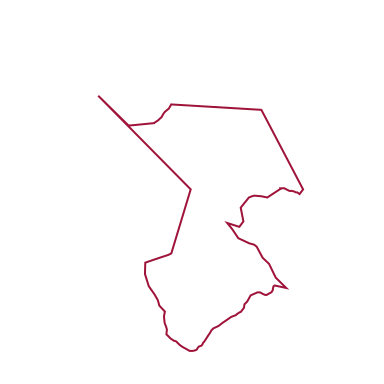 San Juan Coatzóspam, Oaxaca, Mexico, rotated 324°
{"feature_id": "50627088B11377983715698", "entity_name": "San Juan Coatzóspam", "entity_type": "district", "adm_level": 2, "iso_a3": "MEX", "parent_name": "Mexico", "parent_adm1": "Oaxaca", "projection": "equal_earth", "projection_center": [-96.749, 18.072], "detail": "fine", "context": "isolated", "style": "outline", "palette": "rose", "viewbox_px": 384, "rotation_deg": 324, "n_neighbors": 0, "source": "geoboundaries", "source_scale": "gbopen_adm2", "svg_char_len": 1765}
<svg xmlns="http://www.w3.org/2000/svg" viewBox="0 0 384 384"><g transform="rotate(324 192 192)"><path d="M192.5,189.1L139.2,229.5L136.8,229.1L136.3,229.1L130.4,227.2L121.5,224.4L112.7,221.7L110.8,224.1L105.7,230.8L104.6,234.1L102.5,240.3L101.7,242.7L101.6,245.8L101.5,252.7L100.8,259.2L99.9,261.8L98.8,264.7L99.2,268.1L99.8,272.8L97.4,275.0L96.2,276.2L94.0,279.9L93.6,280.6L92.9,281.9L91.7,286.3L91.3,287.3L90.8,288.6L88.7,290.9L87.6,292.2L88.0,294.1L88.1,294.9L88.5,297.7L89.9,301.7L90.2,301.9L90.9,302.8L91.3,303.4L91.5,304.5L92.0,307.7L92.5,309.6L93.1,311.3L93.8,312.9L94.8,315.0L95.8,317.2L96.5,318.8L96.6,319.1L97.6,319.8L98.7,320.7L100.5,321.6L102.7,322.3L103.6,322.1L104.4,321.8L105.4,321.3L106.2,321.2L107.0,321.1L108.4,321.6L109.2,321.8L109.8,321.8L110.6,321.5L111.8,320.9L112.7,320.4L113.8,320.3L121.1,317.5L123.9,316.5L126.5,315.3L129.2,314.9L134.7,316.0L139.6,315.8L145.8,316.0L150.4,316.1L155.1,317.4L156.4,317.2L159.7,317.3L161.0,317.7L166.0,316.2L168.4,313.7L172.2,313.1L178.7,310.1L186.1,311.7L188.2,313.4L189.2,315.8L190.7,318.3L191.9,319.2L192.1,319.1L197.4,319.8L199.8,318.8L200.7,317.7L202.5,316.2L203.9,316.2L211.8,325.0L209.4,310.5L212.1,295.4L210.5,286.7L212.2,274.3L211.3,271.1L208.1,267.1L202.3,256.6L202.7,245.9L202.3,237.8L209.8,248.0L216.3,246.0L222.2,233.3L234.8,229.9L238.0,230.7L240.3,231.6L245.8,236.4L246.5,237.2L249.7,240.7L264.2,241.4L265.6,241.6L265.7,241.0L268.9,243.2L269.4,244.4L270.5,246.5L271.4,248.3L272.4,249.1L273.2,249.6L274.8,251.4L275.8,253.3L277.0,254.3L277.8,256.9L283.4,255.2L294.1,182.2L296.4,166.3L226.6,108.9L225.9,109.3L222.3,110.9L217.1,111.2L214.6,112.0L211.5,113.5L206.5,114.1L202.0,113.9L201.8,114.0L181.7,102.2L179.7,100.7L172.7,59.0L192.5,189.1Z" fill="none" stroke="#9f1239" stroke-width="2"/></g></svg>